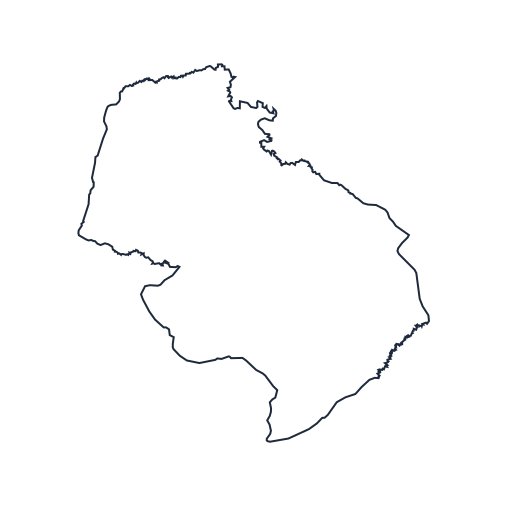 outline of Phanna Nikhom, Sakon Nakhon, Thailand, rotated 286°
{"feature_id": "78962969B32881438495472", "entity_name": "Phanna Nikhom", "entity_type": "district", "adm_level": 2, "iso_a3": "THA", "parent_name": "Thailand", "parent_adm1": "Sakon Nakhon", "projection": "robinson", "projection_center": [103.939, 17.31], "detail": "fine", "context": "isolated", "style": "outline", "palette": "slate", "viewbox_px": 512, "rotation_deg": 286, "n_neighbors": 0, "source": "geoboundaries", "source_scale": "gbopen_adm2", "svg_char_len": 6102}
<svg xmlns="http://www.w3.org/2000/svg" viewBox="0 0 512 512"><g transform="rotate(286 256 256)"><path d="M259.7,80.8L241.9,80.2L241.3,81.0L238.8,79.3L237.2,80.2L231.8,78.5L228.9,79.0L227.1,80.1L225.1,88.0L224.8,90.7L226.0,93.3L225.6,95.4L225.9,97.2L224.1,100.2L223.7,103.6L226.5,107.2L226.6,110.7L225.3,115.2L222.7,116.7L222.2,118.9L221.3,119.1L221.6,120.7L220.9,122.5L220.2,122.7L220.8,123.6L220.0,125.8L220.6,125.7L221.3,127.9L221.3,130.8L222.2,131.7L221.8,132.9L223.5,133.3L223.4,133.9L224.2,133.5L223.9,134.6L224.8,134.5L226.5,136.9L227.2,136.9L227.4,138.9L228.8,139.0L228.5,141.0L226.9,141.9L227.5,144.0L227.2,145.6L226.0,145.5L227.6,147.3L225.8,147.8L224.4,149.5L224.1,150.9L225.0,152.8L223.0,155.8L222.5,158.0L221.6,158.7L220.1,158.4L220.8,159.5L220.4,160.8L222.4,164.8L221.7,166.1L222.5,167.4L220.9,167.6L221.2,169.1L222.7,168.2L224.4,169.0L224.5,170.5L225.6,169.3L226.5,169.8L225.3,173.4L224.4,172.7L224.2,174.1L221.8,176.3L223.1,181.9L224.8,183.5L224.4,185.4L214.3,181.1L207.6,174.8L202.1,172.1L200.4,169.9L198.7,162.1L196.4,157.7L187.5,156.0L182.9,159.4L173.3,168.7L167.1,176.4L161.9,186.9L162.6,189.3L161.5,192.6L156.2,194.9L155.3,199.3L148.8,200.2L145.4,201.1L143.8,202.3L139.1,210.3L136.5,218.3L137.5,231.1L145.0,245.6L146.8,247.0L147.6,251.3L151.9,257.3L152.0,258.5L150.9,260.2L154.3,271.1L152.8,275.3L146.5,287.6L145.0,294.7L143.6,297.9L135.6,308.4L132.9,313.4L125.2,313.6L122.7,311.3L119.2,309.6L113.6,312.5L110.1,313.3L106.0,313.3L101.1,312.1L97.7,315.5L92.2,318.5L89.0,318.7L83.2,316.7L81.6,317.2L81.2,318.5L81.3,320.6L89.5,337.5L104.2,354.6L111.9,360.7L118.7,364.3L119.4,366.5L123.0,368.8L137.7,373.9L144.8,380.9L150.8,389.6L158.9,393.5L168.2,399.1L171.6,403.7L172.4,407.5L173.8,407.6L174.2,407.0L175.1,407.7L176.4,405.2L178.9,408.1L178.0,405.1L179.2,406.4L180.2,405.0L180.6,405.6L180.0,406.6L181.0,406.2L181.2,408.6L183.5,408.9L182.3,409.2L182.3,410.2L185.4,410.4L185.6,412.5L186.6,411.4L187.3,412.4L188.6,409.5L190.0,411.9L191.0,412.4L191.2,411.5L192.5,410.9L194.2,413.7L195.4,411.9L195.9,412.9L196.8,412.3L197.3,413.6L198.9,412.9L198.3,412.3L199.5,411.5L200.4,412.0L200.3,412.8L199.7,412.8L200.0,413.4L200.9,413.3L201.4,412.4L202.1,412.9L202.1,412.2L203.3,412.6L202.8,414.9L203.5,415.6L204.1,415.2L204.5,416.2L205.2,415.2L206.3,415.2L206.6,415.9L208.5,414.4L209.1,414.8L208.6,415.4L210.2,415.2L210.5,417.6L209.8,417.5L209.4,418.6L210.5,418.7L210.7,419.7L211.4,419.5L211.6,420.8L212.6,420.5L212.2,419.7L212.7,419.5L216.5,422.2L216.8,421.5L217.4,421.5L217.2,422.4L219.4,421.9L219.3,423.3L220.6,423.0L221.6,423.9L220.1,424.7L220.6,425.5L221.3,425.1L222.0,426.8L224.4,427.0L225.1,427.9L225.8,427.2L227.5,427.5L227.7,428.1L229.5,427.7L229.3,430.3L231.6,430.4L232.6,429.2L232.6,430.2L233.7,429.3L234.5,429.9L233.9,430.4L234.3,431.7L233.4,432.5L234.8,434.2L234.2,434.7L235.9,434.7L236.1,435.5L236.6,434.7L238.8,437.8L238.0,439.1L241.2,440.2L246.6,438.0L253.5,430.1L259.9,425.2L283.8,414.8L286.5,412.2L297.3,392.8L299.8,390.6L302.6,390.5L308.7,392.8L315.5,396.6L318.3,397.2L323.5,382.1L326.7,378.3L329.3,373.8L334.0,370.5L336.1,367.5L338.1,357.4L336.3,349.4L336.3,344.6L339.4,337.6L339.3,336.0L342.2,331.8L342.0,329.5L342.6,329.3L342.8,327.4L344.5,326.6L345.2,323.4L347.6,318.7L347.8,317.4L347.0,316.5L348.6,314.3L347.1,308.8L347.5,300.5L351.5,294.5L352.5,294.2L351.4,291.4L353.2,289.7L352.2,287.9L353.1,286.7L354.4,286.7L355.8,285.0L356.6,285.2L356.7,283.8L357.7,283.4L357.2,282.0L358.6,282.5L359.7,281.7L360.2,279.8L360.9,279.9L360.6,276.3L361.1,276.2L360.7,274.9L361.5,273.3L361.0,272.9L361.3,272.4L360.4,273.1L360.0,272.0L358.2,271.2L357.3,268.4L354.3,268.4L355.5,265.1L354.8,263.6L353.1,263.1L353.2,260.7L354.3,258.8L352.7,258.7L352.2,257.3L350.2,255.7L350.5,255.1L351.7,255.3L353.3,252.8L354.5,253.3L355.5,251.2L355.0,250.3L355.6,249.6L356.2,250.5L355.9,249.1L356.6,249.1L357.5,245.8L358.9,244.9L360.3,246.3L361.4,244.8L361.9,243.1L361.5,242.4L357.6,242.5L360.4,239.6L360.5,237.9L359.4,237.4L360.6,234.1L361.4,233.2L363.2,233.7L362.5,231.0L366.2,229.9L366.0,228.6L366.9,228.4L369.6,231.9L368.7,235.2L370.8,238.9L371.6,239.0L372.1,237.0L373.4,238.1L373.7,234.2L376.2,235.6L376.7,235.3L375.9,230.9L378.8,227.4L380.7,223.2L383.3,221.5L385.8,221.4L388.6,223.3L390.8,226.5L390.1,231.4L390.7,234.8L393.0,234.4L396.2,236.6L399.2,236.1L401.0,234.9L402.4,232.3L400.8,233.2L399.6,232.2L398.0,233.4L397.7,229.6L400.7,225.6L403.0,224.7L400.8,223.7L401.1,221.2L404.8,220.4L405.5,215.1L403.9,214.7L399.7,216.3L398.3,215.4L397.9,210.0L400.8,205.7L400.3,197.9L393.5,199.7L393.2,197.4L391.6,195.3L391.8,193.8L397.2,187.4L397.7,187.5L398.1,189.6L399.5,188.8L401.9,189.1L402.8,187.4L401.8,185.3L406.1,186.2L406.9,185.3L407.2,183.5L408.4,184.3L409.7,182.4L411.2,184.9L413.6,184.7L416.3,182.9L422.3,186.6L422.2,185.1L421.3,184.0L421.6,182.9L424.5,181.3L427.8,178.3L426.5,174.6L429.7,173.4L429.0,171.0L430.5,170.9L430.8,170.2L429.6,166.6L427.4,167.4L425.7,165.5L423.9,165.8L423.7,164.7L425.9,160.0L425.8,159.0L423.7,156.0L421.7,155.5L421.0,153.7L419.4,152.5L419.2,150.9L417.5,148.1L418.1,146.3L415.0,145.3L415.3,143.5L414.0,142.9L413.8,142.0L413.1,142.1L411.8,138.4L410.2,138.7L409.5,136.6L408.1,136.3L409.0,135.3L408.5,134.1L407.1,134.0L406.8,132.4L404.8,131.1L404.7,129.8L405.3,129.5L404.3,128.3L405.9,127.4L405.1,126.9L405.2,126.1L404.2,126.1L405.0,124.9L403.2,123.1L403.9,122.6L403.7,122.0L404.7,121.7L404.2,120.0L401.7,119.0L402.3,117.8L401.2,116.5L399.6,115.6L399.0,114.2L397.8,114.6L396.6,112.7L395.4,112.8L395.8,111.8L394.9,111.4L396.6,107.8L395.6,104.8L396.7,105.0L397.2,104.3L396.6,104.2L396.6,103.0L396.1,103.3L396.0,101.6L394.8,101.0L395.4,100.8L395.2,100.1L392.9,99.2L393.1,98.3L391.7,97.8L392.3,96.0L390.2,95.0L389.2,93.4L389.6,93.1L388.2,92.8L388.2,91.3L386.9,90.5L386.0,91.0L385.2,89.8L385.7,87.7L384.0,86.5L383.2,83.8L380.7,82.9L380.8,82.4L377.4,82.0L376.9,80.8L375.3,80.1L369.3,82.0L366.7,81.7L363.2,79.8L361.4,75.2L359.7,73.0L358.5,72.2L354.5,71.8L347.3,71.9L343.5,72.8L339.4,76.5L336.7,77.7L326.7,76.6L308.9,76.1L306.8,74.4L301.1,75.6L285.9,76.8L282.1,79.1L282.1,79.7L277.8,80.8L273.6,78.9L270.6,79.4L269.0,78.7L259.7,80.8Z" fill="none" stroke="#1e293b" stroke-width="2"/></g></svg>